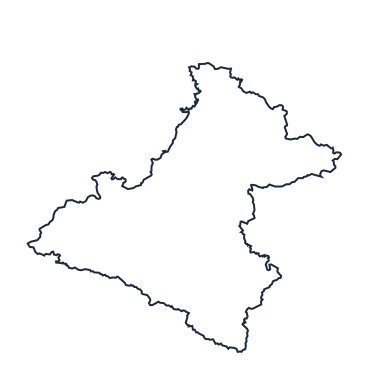 Ambatofinandrahana, Amoron'i Mania, Madagascar, rotated 298°
{"feature_id": "10022922B11162683268422", "entity_name": "Ambatofinandrahana", "entity_type": "district", "adm_level": 2, "iso_a3": "MDG", "parent_name": "Madagascar", "parent_adm1": "Amoron'i Mania", "projection": "mercator", "projection_center": [46.283, -20.456], "detail": "fine", "context": "isolated", "style": "outline", "palette": "slate", "viewbox_px": 384, "rotation_deg": 298, "n_neighbors": 0, "source": "geoboundaries", "source_scale": "gbopen_adm2", "svg_char_len": 5972}
<svg xmlns="http://www.w3.org/2000/svg" viewBox="0 0 384 384"><g transform="rotate(298 192 192)"><path d="M162.2,101.1L159.4,97.4L157.4,97.1L156.5,98.6L157.0,100.8L156.4,102.5L154.1,105.0L152.2,105.0L149.3,106.9L147.0,109.0L144.7,113.3L143.2,113.8L142.1,112.8L141.6,110.5L142.7,108.4L142.5,106.0L141.0,104.0L138.5,102.5L134.3,102.6L131.4,100.8L131.0,97.6L129.7,97.4L129.2,96.1L128.6,89.9L125.5,85.4L118.9,86.3L115.0,81.3L112.8,81.2L110.9,80.2L107.6,80.4L104.1,81.7L101.5,82.0L99.1,80.7L95.9,80.4L94.0,78.3L88.0,74.8L87.0,75.1L85.4,77.8L83.1,78.0L81.2,79.1L76.9,78.1L72.5,73.1L69.9,71.3L69.3,71.2L67.7,73.8L67.4,74.9L68.7,78.0L65.5,81.9L64.8,85.1L66.2,86.1L66.6,91.5L67.6,91.4L68.9,92.5L70.1,95.8L73.2,96.3L74.2,97.5L72.0,99.5L72.6,102.1L73.7,102.3L74.5,104.0L73.9,105.3L71.4,104.8L69.4,107.1L68.1,106.5L66.8,104.5L65.9,105.3L67.9,109.8L67.9,110.9L69.1,111.3L68.7,112.9L69.5,114.6L69.2,115.3L68.3,115.5L68.5,117.2L67.3,119.1L68.3,122.4L70.3,123.9L70.0,128.2L70.9,130.9L73.7,133.9L75.2,138.5L74.4,140.1L75.5,141.5L75.1,143.3L77.2,148.1L76.6,149.1L77.0,150.7L76.4,152.4L78.2,154.2L77.5,155.6L78.0,157.0L77.5,160.1L79.0,161.6L80.7,165.2L82.0,165.5L82.4,166.6L80.2,175.6L78.8,177.3L79.6,180.1L80.5,181.5L81.4,181.7L81.1,182.9L81.8,184.3L81.1,185.7L81.9,187.4L81.1,189.8L81.6,192.2L80.6,194.4L79.1,195.0L78.7,196.3L80.0,200.9L77.9,205.2L76.8,206.0L73.6,206.2L72.5,208.3L73.8,210.3L79.4,213.9L79.2,215.7L80.6,219.3L79.7,222.7L80.9,224.7L80.7,227.5L81.6,227.8L80.0,230.9L81.2,234.1L82.1,234.5L81.9,238.9L83.1,239.4L83.9,241.6L83.4,242.9L83.7,246.1L80.4,245.8L79.3,246.7L73.6,247.9L72.4,250.4L72.8,252.0L71.8,252.2L73.9,255.1L70.9,257.4L71.7,259.0L70.0,261.6L70.8,263.0L70.3,264.4L70.5,269.5L68.8,271.9L68.7,273.4L70.0,275.8L69.8,276.8L71.8,279.9L69.0,284.0L70.3,285.5L69.8,287.1L71.8,288.7L70.8,290.6L71.8,295.2L70.6,297.6L72.5,298.2L74.0,302.0L74.4,304.9L72.3,307.4L74.0,309.7L74.0,310.6L76.7,311.3L78.1,312.8L81.4,311.8L83.6,310.2L85.7,310.3L88.4,308.6L90.9,308.6L93.7,306.7L95.7,306.6L97.1,304.9L98.7,298.9L99.7,298.6L100.7,299.7L101.4,299.2L102.0,300.2L103.5,297.9L104.3,298.0L105.2,298.2L105.8,299.6L108.0,299.6L110.9,297.2L111.3,295.9L114.1,295.7L116.4,296.6L116.6,299.1L117.6,300.5L125.2,305.9L128.1,304.2L130.2,304.8L130.5,303.0L132.3,302.3L134.1,302.5L136.2,301.0L138.4,301.9L140.1,301.5L144.3,305.1L145.8,304.6L147.7,305.7L151.4,305.5L154.7,308.5L156.6,308.9L157.6,310.5L159.7,310.2L161.7,304.8L165.0,303.5L165.2,296.0L164.2,294.4L160.4,297.3L158.9,296.4L158.8,294.9L162.7,291.1L165.3,291.0L167.0,292.0L168.8,291.1L169.2,290.1L170.4,290.7L171.4,289.3L170.7,287.5L169.3,286.7L170.3,285.8L168.5,284.9L169.2,284.4L167.0,282.1L167.8,280.3L168.9,279.7L168.4,279.3L168.5,277.8L167.5,277.6L168.1,274.9L166.1,272.2L166.9,271.2L169.5,270.7L170.1,269.2L171.9,269.6L171.9,266.8L171.0,266.5L172.0,265.2L171.5,264.6L172.1,262.7L173.4,262.4L175.8,259.5L179.0,258.2L178.8,256.5L180.0,255.3L179.7,254.3L181.9,255.1L184.2,249.8L185.0,250.2L188.6,248.9L189.2,249.4L189.9,255.6L192.8,255.4L198.3,259.5L200.5,257.7L201.1,256.2L205.3,255.7L209.7,252.8L212.0,250.1L213.3,250.2L215.2,248.6L217.4,244.4L217.0,242.6L219.6,241.0L221.3,241.3L221.6,244.4L222.7,244.1L225.8,240.9L226.5,241.5L227.8,245.1L227.7,248.0L228.9,252.8L229.7,252.9L231.5,255.7L234.9,256.7L235.9,263.0L239.1,268.8L243.1,271.7L244.7,274.5L247.4,275.6L249.1,277.8L254.1,279.2L256.3,283.4L257.8,283.6L259.4,285.7L261.1,286.1L261.0,286.9L264.1,289.2L266.2,298.9L266.6,297.7L268.2,296.7L271.3,296.6L273.0,298.3L274.6,304.8L280.6,307.3L282.1,306.4L282.6,304.8L285.6,302.6L285.9,301.5L288.3,302.6L289.2,304.9L295.1,306.1L296.0,304.4L295.8,302.8L294.6,300.7L292.8,299.7L292.8,298.3L295.2,297.3L297.0,295.6L296.2,295.4L295.9,293.8L296.9,288.9L294.8,286.6L294.5,283.5L292.8,283.1L292.4,280.9L293.4,277.0L297.0,270.9L297.5,268.7L297.0,266.8L292.7,264.4L291.4,261.4L288.3,260.0L287.5,257.8L284.6,254.3L283.3,249.7L284.4,248.5L287.8,248.8L292.6,243.6L294.1,243.5L295.2,244.6L296.0,244.5L302.5,237.8L305.3,239.0L307.4,238.1L307.8,237.1L307.2,233.3L309.7,232.6L310.5,231.6L310.6,230.1L309.6,228.3L307.4,227.0L305.4,224.6L303.1,224.5L302.9,222.5L303.4,220.2L305.9,215.4L308.3,212.6L308.9,210.4L308.3,206.2L309.3,204.4L308.3,202.3L308.6,198.9L307.2,197.9L307.8,196.1L305.3,193.8L304.9,192.4L305.1,189.8L306.7,186.9L306.8,183.9L309.5,184.0L311.3,182.8L312.2,183.6L314.6,183.6L314.6,182.4L313.1,182.2L314.0,179.5L312.4,179.3L313.1,175.6L312.0,174.5L311.5,172.4L312.3,171.3L314.1,171.1L315.2,169.6L319.2,168.5L317.7,166.0L315.7,158.9L313.0,157.1L311.3,154.6L313.1,152.0L313.6,146.4L313.2,145.1L311.5,143.6L308.1,138.1L304.6,139.9L303.8,139.7L302.9,137.8L303.9,135.4L302.6,132.5L300.7,130.9L299.0,133.0L297.8,133.1L297.4,135.5L294.5,136.0L294.7,137.9L292.6,140.0L291.0,140.4L291.9,141.7L291.6,143.5L289.3,144.1L289.7,145.9L287.6,144.8L286.4,146.0L285.4,148.2L286.2,148.9L284.5,150.3L285.3,151.5L285.0,152.3L282.3,151.5L281.2,150.0L280.2,149.8L279.7,148.3L276.9,150.8L275.7,152.9L276.5,153.6L275.7,154.4L273.2,152.2L272.1,153.0L273.5,153.7L273.4,154.4L268.6,154.0L268.4,152.4L265.3,152.4L265.0,151.2L263.1,150.7L263.8,147.6L261.9,147.6L260.3,145.9L261.2,144.3L260.1,142.8L259.3,143.3L259.1,145.0L258.3,146.2L259.8,149.6L261.4,150.9L260.9,151.8L259.0,152.5L254.3,152.4L246.6,150.4L245.1,148.7L243.1,149.0L242.4,148.1L239.5,148.5L237.7,150.2L231.6,151.9L228.6,151.0L226.0,152.0L221.6,151.4L216.4,151.7L215.0,150.1L215.8,148.9L214.4,147.3L213.6,148.9L210.8,147.7L207.4,148.2L204.9,146.7L203.4,144.8L202.9,141.6L201.6,140.9L199.0,143.9L195.5,144.3L191.4,146.4L190.2,146.0L188.9,148.0L187.5,148.3L180.1,143.6L177.0,143.9L175.8,142.9L174.1,143.6L170.5,139.7L168.1,138.6L164.5,134.0L164.5,127.6L168.1,127.1L168.9,128.1L170.6,128.4L172.1,127.1L171.7,125.5L172.3,124.0L171.5,123.2L170.1,123.4L169.0,121.6L168.5,119.3L168.9,117.4L166.3,116.4L165.6,115.4L166.3,114.4L170.8,115.0L170.9,114.0L170.0,112.8L171.3,111.1L171.2,110.1L169.0,108.6L168.8,105.8L167.3,104.8L166.1,102.4L163.9,102.3L162.2,101.1Z" fill="none" stroke="#1e293b" stroke-width="2"/></g></svg>